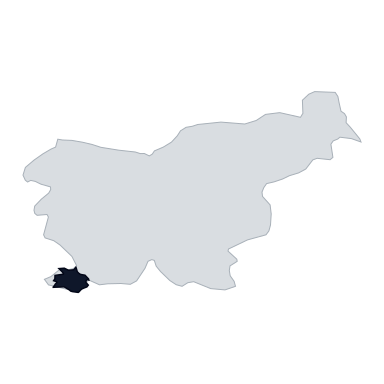 where Koper sits in Slovenia
{"feature_id": "SVN-1031", "entity_name": "Koper", "entity_type": "Municipality", "adm_level": 1, "iso_a3": "SVN", "parent_name": "Slovenia", "parent_adm1": "", "projection": "equal_earth", "projection_center": [13.807, 45.513], "detail": "fine", "context": "in_parent", "style": "filled", "palette": "ink", "viewbox_px": 384, "rotation_deg": 0, "n_neighbors": 0, "source": "natural_earth", "source_scale": "10m", "svg_char_len": 2236}
<svg xmlns="http://www.w3.org/2000/svg" viewBox="0 0 384 384"><path d="M361.0,142.0L351.4,138.6L339.9,137.2L337.8,139.0L333.2,140.9L330.9,144.2L332.9,157.4L330.1,159.7L317.1,158.3L312.8,159.9L305.8,169.0L298.6,172.9L289.4,175.7L282.6,179.0L274.0,181.9L266.6,183.6L263.8,187.6L262.0,192.1L262.5,196.4L270.1,204.9L271.2,213.9L270.5,225.0L268.9,230.9L266.0,234.8L247.5,239.9L228.5,249.0L228.0,251.1L236.8,259.2L237.2,261.3L230.0,265.9L229.3,270.5L230.2,275.8L234.1,281.3L235.5,286.3L225.0,289.9L210.7,288.6L193.7,281.7L187.8,282.7L182.1,286.3L176.2,284.7L169.8,280.5L160.6,271.6L156.2,266.2L154.3,260.4L151.8,259.6L148.0,261.3L145.0,268.3L136.6,280.9L130.3,284.3L120.9,283.5L107.7,283.8L99.5,284.8L89.4,280.3L87.0,281.2L87.0,284.1L83.2,288.7L77.1,291.7L48.5,284.9L44.4,279.3L50.9,276.6L59.8,269.4L65.9,270.2L73.4,268.6L76.6,265.6L71.9,256.4L60.0,245.0L53.8,240.7L45.1,237.9L43.6,234.8L48.4,217.0L47.0,214.5L37.1,215.3L34.8,213.4L34.0,210.3L34.7,206.1L41.3,199.2L48.7,193.1L50.7,189.6L50.5,186.9L41.0,184.2L35.3,181.4L30.7,180.4L27.6,182.0L25.3,180.2L23.0,175.1L25.4,167.4L33.9,160.2L43.0,153.8L51.0,149.1L55.6,147.1L57.8,139.2L62.5,140.0L71.9,140.4L82.4,142.2L92.2,144.5L100.8,147.3L118.9,150.2L135.3,152.0L140.3,153.6L144.3,153.5L149.3,155.9L152.3,154.1L154.4,150.9L163.3,147.1L171.5,142.1L177.3,135.8L180.5,130.8L186.1,127.3L192.2,126.3L197.7,124.5L220.9,122.1L244.8,124.0L256.2,120.5L265.5,114.4L279.2,112.7L280.0,112.7L300.5,117.3L302.1,114.6L302.9,113.4L302.4,100.2L308.8,94.2L314.7,91.6L335.2,92.4L337.9,96.5L339.1,102.8L341.0,111.2L344.5,113.6L346.4,116.9L346.1,122.7L350.2,127.1L359.8,138.9L361.0,142.0Z" fill="#d9dde1" stroke="#a8b0b8" stroke-width="1"/><path d="M68.6,270.3L73.7,269.8L75.9,267.3L76.2,268.0L77.2,271.5L77.7,272.2L78.8,273.3L80.5,274.4L85.0,275.2L88.5,278.9L88.8,280.0L87.2,279.7L86.4,280.1L86.0,281.1L86.0,282.6L88.3,285.1L86.9,286.9L81.9,288.8L80.3,290.3L79.3,291.6L78.2,292.4L72.4,291.6L70.7,291.1L69.2,289.8L64.1,286.8L53.3,287.3L53.5,286.4L54.0,286.1L54.5,285.7L54.7,285.3L54.9,284.8L55.3,284.1L56.5,283.0L56.9,282.3L56.8,282.0L56.6,281.7L53.6,280.7L54.9,278.8L55.0,275.4L63.4,274.2L63.4,273.4L62.3,271.9L60.7,270.3L59.0,268.6L64.3,268.2L68.6,270.3Z" fill="#0f172a" stroke="#020617" stroke-width="1.5"/></svg>